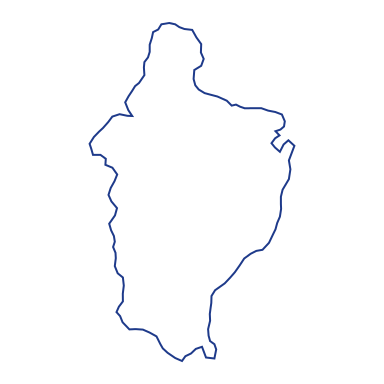 Salmourão, São Paulo, Brazil (orthographic projection)
{"feature_id": "56859067B58287059076320", "entity_name": "Salmourão", "entity_type": "district", "adm_level": 2, "iso_a3": "BRA", "parent_name": "Brazil", "parent_adm1": "São Paulo", "projection": "orthographic", "projection_center": [-50.877, -21.587], "detail": "fine", "context": "isolated", "style": "outline", "palette": "blue", "viewbox_px": 384, "rotation_deg": 0, "n_neighbors": 0, "source": "geoboundaries", "source_scale": "gbopen_adm2", "svg_char_len": 1806}
<svg xmlns="http://www.w3.org/2000/svg" viewBox="0 0 384 384"><path d="M192.2,29.9L184.4,29.0L179.3,27.1L175.2,24.3L169.1,23.0L161.4,24.3L158.2,29.5L153.1,32.1L151.8,38.1L149.7,44.7L149.7,51.9L148.0,57.4L144.4,62.1L143.9,67.5L144.4,75.1L139.0,83.0L135.1,86.1L132.2,90.8L128.6,96.2L125.2,102.3L128.3,110.1L132.2,116.0L127.4,115.8L119.6,114.2L112.3,116.6L108.2,122.1L102.9,128.1L99.0,131.7L93.9,137.0L89.6,143.8L91.3,148.9L93.0,154.9L100.5,154.9L105.8,158.8L105.4,164.8L112.4,167.7L117.2,174.5L114.5,181.2L110.7,188.0L108.5,194.9L111.4,201.4L117.0,208.1L115.0,215.4L109.2,223.7L111.1,230.3L113.9,236.0L114.8,241.7L113.1,247.0L115.5,252.8L115.8,258.2L114.8,266.1L117.7,273.3L122.9,277.5L123.8,285.6L122.8,293.7L122.9,301.4L118.9,306.7L116.5,312.1L120.1,316.1L122.6,322.3L129.4,329.4L135.6,329.1L142.9,329.6L149.5,332.5L156.5,336.4L160.4,344.2L162.8,348.4L167.6,352.8L175.2,358.0L182.0,361.0L185.4,356.2L191.0,353.5L195.8,348.9L202.0,346.8L206.0,357.5L214.4,358.5L216.2,349.4L214.4,344.2L210.1,341.1L208.6,335.7L208.1,329.2L210.1,320.7L209.8,314.0L210.6,307.9L211.3,303.0L211.5,296.0L215.1,290.2L220.2,286.6L224.7,283.4L230.0,277.8L234.8,272.3L239.6,265.5L244.2,258.5L250.6,253.8L256.3,250.9L262.5,249.8L269.0,242.8L273.1,234.2L275.5,229.3L277.2,223.0L279.9,216.7L281.1,208.9L280.9,204.0L280.9,196.7L282.6,189.7L288.9,179.1L290.4,169.3L288.9,160.4L294.4,145.8L288.4,140.3L283.6,144.5L279.9,151.8L274.9,147.4L271.5,143.2L275.1,138.3L279.5,135.4L275.5,131.2L280.4,129.6L284.0,126.5L284.8,121.3L281.9,114.5L275.3,112.0L268.1,110.6L261.3,108.2L251.8,108.2L244.8,108.3L240.1,106.7L236.0,104.6L231.7,105.6L226.8,100.7L217.4,96.5L210.5,94.7L204.6,93.1L198.7,89.5L195.3,85.3L193.6,79.0L194.3,70.0L201.2,65.8L203.7,58.9L200.9,52.5L201.2,44.1L196.4,37.4L192.2,29.9Z" fill="none" stroke="#1e3a8a" stroke-width="2"/></svg>